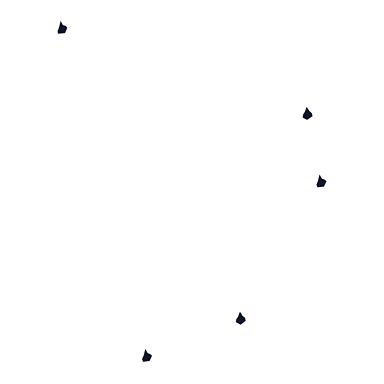 an SVG outline of Faafu
{"feature_id": "MDV-5233", "entity_name": "Faafu", "entity_type": "Atoll", "adm_level": 1, "iso_a3": "MDV", "parent_name": "Maldives", "parent_adm1": "", "projection": "natural_earth1", "projection_center": [72.957, 3.195], "detail": "fine", "context": "isolated", "style": "filled", "palette": "ink", "viewbox_px": 384, "rotation_deg": 0, "n_neighbors": 0, "source": "natural_earth", "source_scale": "10m", "svg_char_len": 738}
<svg xmlns="http://www.w3.org/2000/svg" viewBox="0 0 384 384"><path d="M306.8,108.4L306.9,108.5L308.7,111.4L311.1,113.6L311.7,115.8L307.1,119.0L306.8,118.9L303.4,117.1L303.8,114.9L305.6,112.0L306.8,108.4ZM240.1,313.2L240.3,313.3L241.7,316.2L244.3,318.2L244.9,320.5L240.5,323.8L236.7,321.7L237.0,319.6L238.9,316.8L240.1,313.2ZM319.8,176.5L321.4,179.3L321.5,179.4L324.1,180.2L325.6,181.4L323.4,185.9L317.9,186.5L317.3,184.7L318.7,181.1L319.8,176.5ZM60.9,23.0L62.4,25.8L65.2,26.6L65.7,27.1L66.4,27.9L64.5,32.4L58.8,32.9L58.6,32.9L58.4,31.2L59.8,27.6L60.9,23.0ZM145.6,351.0L147.1,353.8L148.7,354.3L149.5,354.6L151.1,355.9L149.1,360.2L143.5,361.0L142.9,359.0L144.5,355.5L145.6,351.0Z" fill="#0f172a" stroke="#020617" stroke-width="1.5"/></svg>